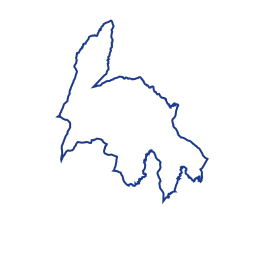 Primavera do Leste, Mato Grosso, Brazil, rotated 312°
{"feature_id": "56859067B43692154128768", "entity_name": "Primavera do Leste", "entity_type": "district", "adm_level": 2, "iso_a3": "BRA", "parent_name": "Brazil", "parent_adm1": "Mato Grosso", "projection": "natural_earth1", "projection_center": [-54.218, -15.14], "detail": "fine", "context": "isolated", "style": "outline", "palette": "blue", "viewbox_px": 256, "rotation_deg": 312, "n_neighbors": 0, "source": "geoboundaries", "source_scale": "gbopen_adm2", "svg_char_len": 5900}
<svg xmlns="http://www.w3.org/2000/svg" viewBox="0 0 256 256"><g transform="rotate(312 128 128)"><path d="M85.1,164.6L85.5,166.9L85.8,167.2L86.6,166.7L88.5,167.7L88.8,169.7L88.5,170.1L89.5,171.7L90.6,171.8L91.5,170.9L91.4,171.5L92.2,172.0L92.9,171.9L94.0,173.3L94.4,173.3L94.8,172.7L94.8,171.6L95.2,171.7L95.5,172.2L96.5,172.3L96.9,171.6L97.0,170.8L97.7,170.6L97.8,171.7L98.4,171.9L98.7,171.4L99.3,171.6L99.6,172.2L101.1,171.5L102.2,172.7L103.9,173.3L105.3,172.5L104.9,172.1L105.4,171.4L104.5,170.7L104.4,170.0L104.6,169.5L105.4,169.2L106.0,167.9L107.6,167.9L109.2,167.5L111.6,166.0L112.8,164.4L113.1,163.1L113.7,163.3L114.1,162.8L114.3,162.0L115.1,162.1L115.6,162.9L116.0,162.7L116.0,161.9L116.7,162.4L117.3,161.4L118.1,161.2L118.8,160.5L119.5,160.5L120.3,159.2L120.7,159.4L120.7,160.2L122.0,159.6L122.2,160.0L122.0,160.6L122.2,161.0L123.4,160.6L124.5,159.6L125.0,159.6L124.8,160.2L125.3,160.7L126.4,160.6L126.7,160.0L127.2,160.4L126.8,161.0L127.2,163.9L125.7,167.2L125.0,167.8L124.5,169.5L124.3,171.3L124.7,172.7L124.2,175.2L122.7,175.9L120.5,178.5L118.6,179.3L115.1,179.6L113.9,180.3L112.8,182.4L112.6,183.3L111.8,184.0L111.5,185.8L110.7,187.2L110.0,187.9L108.7,187.9L108.2,188.4L107.6,188.6L104.9,192.0L104.6,192.9L104.1,195.6L103.6,197.3L103.0,198.3L97.3,203.2L101.3,202.8L102.4,203.1L102.7,203.6L103.5,203.3L103.9,203.9L103.7,204.7L104.3,204.6L104.6,204.1L104.4,203.1L106.4,202.3L106.9,202.8L107.0,203.5L108.2,203.7L108.6,203.3L109.5,203.9L109.9,203.8L111.7,204.7L112.3,205.4L112.3,204.9L114.3,203.5L114.8,203.5L117.9,201.9L119.9,201.4L123.9,199.2L124.6,199.1L124.6,200.0L125.0,199.7L125.2,198.7L125.8,198.4L127.6,199.0L128.0,198.8L128.3,197.4L128.8,197.3L130.0,197.9L130.8,197.9L132.0,195.7L132.0,194.9L132.9,194.7L133.9,195.1L134.2,193.6L134.7,193.6L135.3,193.9L135.6,195.0L136.3,195.0L136.7,195.6L136.9,197.8L136.7,198.8L135.7,199.6L135.0,199.3L134.5,199.5L134.0,200.3L133.0,201.0L132.8,201.5L133.0,204.8L132.7,205.4L132.2,205.4L131.9,206.8L132.8,207.1L132.7,208.4L132.9,208.9L132.3,210.2L132.5,211.4L132.3,212.6L133.5,212.8L134.4,211.9L134.9,211.9L136.8,212.3L136.8,213.6L137.6,213.7L138.1,213.0L139.5,213.2L139.9,213.7L139.4,214.3L138.0,215.4L136.1,215.9L136.8,217.1L136.6,217.8L138.3,217.8L139.5,216.6L140.6,216.4L141.4,215.6L142.3,214.5L144.5,212.6L145.4,210.9L145.7,209.5L147.8,210.0L158.2,207.8L157.5,205.1L157.8,201.8L158.6,200.6L160.2,195.7L160.4,194.3L160.0,192.7L160.3,190.9L160.0,190.4L160.0,187.1L159.7,186.6L160.0,185.1L159.8,182.8L158.7,180.6L158.1,176.9L157.3,174.8L156.4,173.6L156.6,171.4L156.4,170.4L157.2,169.3L157.3,168.4L158.0,168.1L159.5,163.8L159.3,162.2L159.5,160.8L160.1,159.9L160.7,159.7L162.0,157.3L163.1,156.0L164.4,155.2L166.1,155.6L169.2,154.9L173.1,152.2L175.2,151.4L176.3,150.6L176.8,150.7L178.6,150.1L178.7,149.2L178.2,148.2L176.5,148.1L176.3,147.6L177.5,146.5L177.4,146.0L177.0,145.8L175.2,145.8L175.0,147.0L174.5,146.9L173.5,145.2L172.1,145.7L171.8,146.1L171.5,145.8L171.9,144.2L172.9,142.6L172.5,142.3L172.8,141.9L172.6,140.9L174.1,137.4L174.5,137.3L174.4,136.6L174.8,136.5L174.7,135.2L174.4,134.6L173.9,134.3L173.5,133.1L173.0,132.6L173.2,130.8L174.1,128.3L172.6,127.3L172.6,126.7L173.3,124.7L173.2,124.1L172.8,123.6L172.9,123.0L173.6,121.6L175.5,119.4L175.4,118.5L173.8,117.5L173.1,117.7L172.3,116.8L172.8,114.5L172.7,113.7L172.3,113.5L172.4,112.4L172.1,112.1L172.1,110.8L172.7,109.0L173.2,108.5L173.1,107.8L173.6,106.3L173.4,105.7L173.8,105.2L173.9,103.0L173.1,102.2L171.9,102.0L170.3,100.9L168.8,100.3L167.7,99.0L167.1,98.8L166.6,97.2L165.6,95.6L164.7,95.2L164.7,93.9L164.1,92.6L163.6,92.4L162.7,92.6L162.2,92.3L161.9,91.4L162.4,90.1L160.6,87.4L158.3,86.4L155.6,84.7L153.9,84.4L153.5,83.9L150.3,82.6L149.0,81.2L147.6,80.4L146.6,80.3L143.6,79.0L142.2,79.2L140.9,78.9L139.1,77.1L137.7,76.4L135.4,74.8L151.2,75.2L153.5,75.7L154.1,75.6L155.6,74.6L157.0,74.3L158.5,74.3L160.5,72.3L160.9,71.4L162.2,69.9L162.9,70.1L163.1,69.6L164.4,69.0L164.7,67.3L166.4,67.7L166.5,67.1L167.4,65.9L167.9,65.7L168.5,66.0L169.7,65.6L170.3,65.3L170.9,64.6L174.2,63.5L174.6,62.4L175.8,61.8L176.9,62.1L177.5,61.9L178.8,60.3L179.2,60.5L180.6,58.7L181.5,58.9L182.1,58.1L183.1,57.8L184.5,54.6L187.4,52.6L188.9,51.9L189.9,50.1L191.1,50.1L194.0,49.2L194.9,47.3L196.3,45.1L196.6,43.9L196.4,43.5L193.6,42.5L191.2,41.1L188.6,40.4L187.5,41.0L185.7,40.6L183.3,41.5L182.9,41.0L182.2,41.1L182.2,42.0L180.8,41.5L179.2,42.2L178.1,42.3L176.6,43.2L175.5,43.2L175.1,42.2L174.7,41.9L174.7,41.2L173.2,40.4L172.7,39.5L170.0,38.2L169.4,38.2L168.0,39.0L163.2,39.5L162.3,40.0L161.0,38.8L160.3,38.7L159.7,39.4L159.2,39.3L157.7,40.2L157.4,39.7L156.9,39.7L156.2,40.5L155.6,40.5L154.9,40.0L151.0,41.0L149.8,40.0L149.2,40.0L148.8,40.9L147.8,41.0L146.9,41.9L145.4,42.4L144.0,44.7L142.8,45.1L141.8,46.0L138.3,46.5L137.5,47.3L137.2,48.9L135.9,52.2L135.1,52.7L132.1,53.9L129.6,55.3L126.8,55.9L126.1,56.5L123.0,57.4L122.2,57.9L121.1,58.0L118.5,59.3L118.1,59.2L115.4,60.6L114.5,61.8L111.4,62.4L110.5,63.2L109.5,63.5L107.5,65.0L102.8,64.5L99.3,66.1L96.2,66.9L95.2,67.5L93.6,67.7L92.2,68.7L89.4,68.2L91.1,70.5L91.4,73.6L92.3,76.2L93.0,76.8L93.4,78.0L93.1,81.3L92.5,82.1L89.6,84.7L84.4,85.7L83.6,86.7L80.0,87.2L71.9,90.4L70.5,90.7L67.9,92.9L67.6,93.6L64.7,96.5L62.1,97.8L60.0,99.3L59.4,100.1L63.2,98.8L65.7,98.7L68.6,98.0L70.3,98.1L71.0,98.3L71.9,99.7L74.0,101.4L75.7,101.7L78.3,100.8L79.8,100.9L81.9,100.1L83.9,100.0L86.1,103.4L88.4,105.6L89.4,106.1L90.7,107.8L91.1,109.2L91.9,110.3L92.3,110.5L94.8,109.2L95.9,110.8L96.7,110.7L97.7,111.5L98.9,111.8L99.8,112.6L101.6,115.9L101.5,116.6L101.8,117.1L101.1,118.6L101.2,121.2L101.8,123.1L100.3,123.6L98.9,123.4L97.3,124.6L96.5,124.6L94.3,126.1L93.7,127.4L93.7,128.0L94.8,131.4L97.2,133.5L99.3,139.1L96.3,140.9L95.2,141.9L90.7,144.5L89.6,144.7L87.6,145.9L86.6,145.8L88.9,149.2L89.0,150.4L89.9,152.3L89.7,153.1L88.9,154.1L88.6,156.1L87.0,158.2L85.6,160.8L85.1,164.6ZM124.6,199.1L123.9,198.4L124.4,198.3L124.6,199.1Z" fill="none" stroke="#1e3a8a" stroke-width="2"/></g></svg>